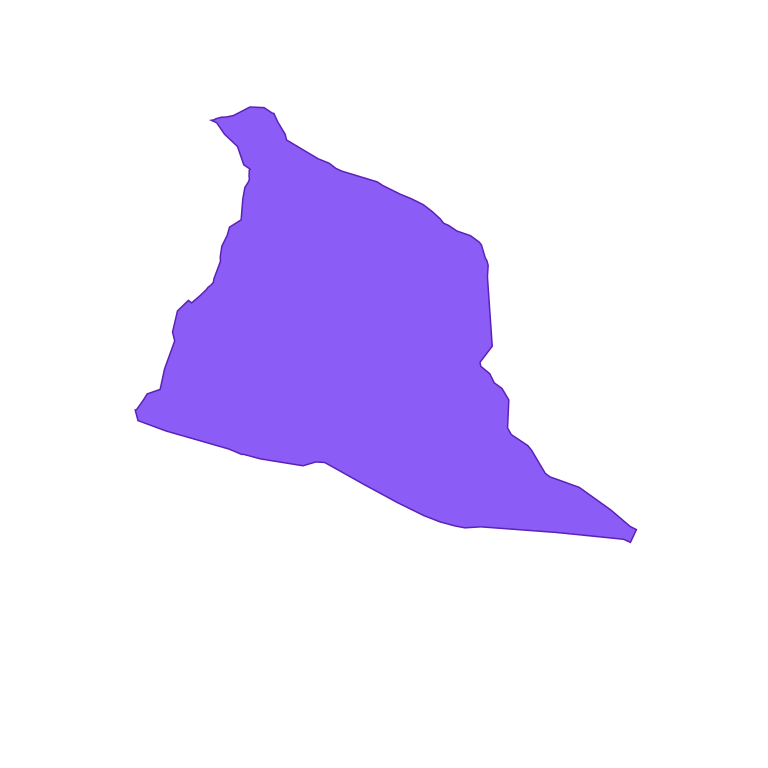 outline of Santo Domingo Albarradas, Oaxaca, Mexico, rotated 305°
{"feature_id": "50627088B23410005526234", "entity_name": "Santo Domingo Albarradas", "entity_type": "district", "adm_level": 2, "iso_a3": "MEX", "parent_name": "Mexico", "parent_adm1": "Oaxaca", "projection": "natural_earth1", "projection_center": [-96.205, 17.064], "detail": "fine", "context": "isolated", "style": "filled", "palette": "violet", "viewbox_px": 768, "rotation_deg": 305, "n_neighbors": 0, "source": "geoboundaries", "source_scale": "gbopen_adm2", "svg_char_len": 1473}
<svg xmlns="http://www.w3.org/2000/svg" viewBox="0 0 768 768"><g transform="rotate(305 384 384)"><path d="M501.0,91.3L502.0,97.1L497.1,110.2L494.5,127.8L483.1,143.4L483.2,151.2L481.8,151.0L479.6,152.5L476.9,154.2L474.5,156.3L471.7,157.0L465.2,157.3L454.4,162.3L436.5,172.8L423.9,167.5L415.8,170.3L403.9,172.1L394.3,176.9L390.6,179.7L372.7,184.3L369.4,185.9L365.7,185.5L362.2,184.4L359.3,184.3L351.1,182.7L340.1,179.9L340.3,175.8L325.4,172.9L316.7,176.4L305.2,181.0L299.3,187.8L270.5,195.6L251.2,203.7L240.1,195.7L231.8,196.1L221.1,196.0L220.0,195.1L212.9,203.5L220.6,232.8L241.7,294.1L244.7,307.9L245.7,309.0L251.8,325.8L270.6,364.6L281.1,372.9L285.7,380.5L290.2,425.1L294.6,463.5L299.1,492.4L303.2,509.1L308.4,523.5L312.6,532.8L322.5,545.2L360.7,609.4L385.6,653.9L386.0,654.6L394.2,669.3L395.6,676.7L409.5,674.3L408.5,667.3L410.9,642.2L411.3,603.2L403.1,573.1L403.3,567.4L414.3,543.1L416.0,537.3L415.6,517.3L418.9,510.4L442.5,495.4L448.0,483.3L448.2,473.6L453.1,464.7L454.0,453.1L456.9,450.2L477.0,451.0L531.2,407.2L540.9,401.3L544.0,397.6L545.4,394.6L553.7,384.2L554.8,381.0L555.1,369.9L551.1,355.8L551.0,346.5L549.9,340.6L551.5,335.4L552.9,324.6L553.4,313.5L551.5,300.5L548.7,287.9L545.9,269.3L545.7,262.6L534.2,227.4L533.0,220.8L533.4,212.6L530.7,200.8L528.0,164.3L531.9,159.8L537.6,146.9L542.5,138.6L541.8,137.1L541.6,127.2L534.0,115.3L517.4,106.6L512.0,101.4L509.4,97.9L504.8,94.1L503.0,93.3L501.0,91.3Z" fill="#8b5cf6" stroke="#5b21b6" stroke-width="1.5"/></g></svg>